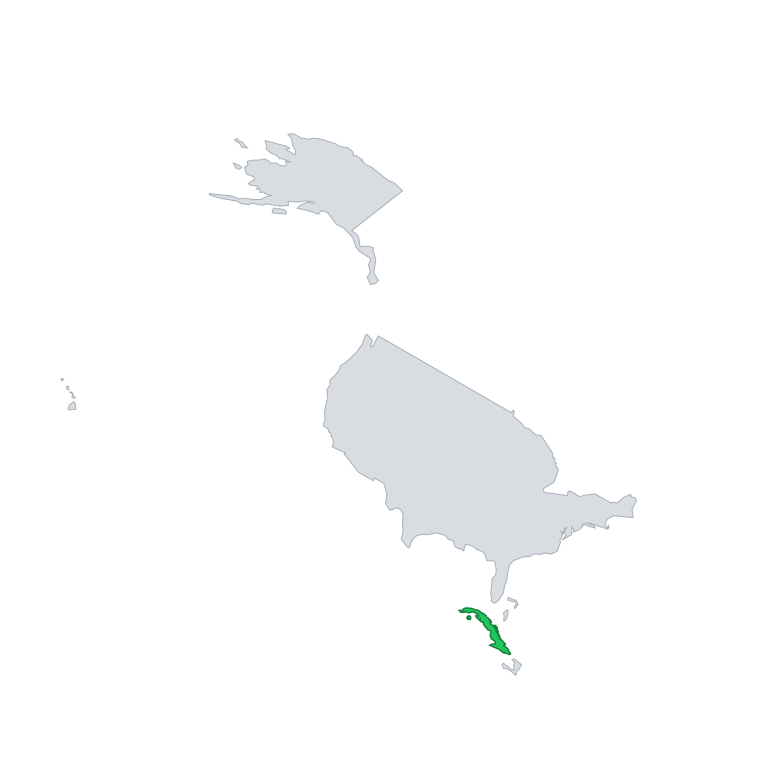 map of Cuba with United States of America, Haiti and The Bahamas greyed out, rotated 30°
{"feature_id": "CUB", "entity_name": "Cuba", "entity_type": "country or territory", "adm_level": 0, "iso_a3": "CUB", "parent_name": "North America", "parent_adm1": "", "projection": "natural_earth1", "projection_center": [-79.329, 21.523], "detail": "fine", "context": "with_neighbors", "style": "filled", "palette": "green", "viewbox_px": 768, "rotation_deg": 30, "n_neighbors": 3, "source": "natural_earth", "source_scale": "50m", "svg_char_len": 8293}
<svg xmlns="http://www.w3.org/2000/svg" viewBox="0 0 768 768"><g transform="rotate(30 384 384)"><path d="M355.0,345.2L508.5,345.2L508.7,342.4L510.6,342.4L511.3,346.3L513.0,347.5L522.4,349.1L527.7,351.3L532.3,350.3L540.9,352.1L545.9,350.1L565.2,360.1L565.7,362.0L567.0,362.7L566.6,363.4L569.2,362.9L570.6,365.7L573.0,366.6L572.2,367.8L578.1,371.2L580.3,384.0L574.5,394.7L575.0,396.5L576.9,397.7L598.5,389.1L597.2,384.7L599.8,383.6L610.6,383.6L612.4,380.7L621.6,373.7L640.7,373.6L641.2,371.9L645.3,370.4L648.7,361.6L652.8,356.2L654.7,358.1L658.4,356.8L661.0,358.9L661.5,368.6L666.5,375.1L648.9,383.2L645.1,389.1L645.1,392.9L647.2,396.7L649.6,396.9L648.9,394.3L650.6,395.9L650.3,398.0L633.6,401.0L628.8,403.1L637.2,401.7L639.0,403.1L630.9,405.3L627.3,405.3L627.4,404.4L625.7,406.4L627.4,406.7L626.2,412.0L622.1,417.6L621.6,415.7L618.4,413.5L619.7,417.4L621.1,418.7L621.3,421.5L616.2,430.1L617.4,424.9L614.4,422.1L613.7,416.0L612.6,419.2L613.9,423.8L610.0,422.7L614.0,425.0L614.4,431.9L616.0,432.5L617.6,442.3L613.9,447.7L607.8,449.9L603.9,454.2L600.9,454.7L597.9,457.3L597.1,459.8L590.5,464.6L584.3,472.4L583.3,477.6L584.4,482.7L589.0,494.2L589.0,497.3L591.9,505.8L591.4,513.6L589.9,518.1L588.1,519.0L585.1,518.1L584.1,514.9L581.8,513.2L574.9,498.5L576.2,493.6L574.6,489.6L569.9,483.4L567.6,482.3L561.5,485.6L557.5,481.8L553.8,480.0L547.0,480.9L541.6,480.1L534.5,481.8L535.5,483.7L535.4,486.7L536.6,488.2L535.4,489.1L533.2,488.0L530.9,489.4L526.6,489.2L522.2,485.3L516.9,486.2L512.5,484.5L503.6,486.8L497.9,492.2L491.8,495.4L488.3,498.9L486.8,502.2L486.6,507.2L487.8,513.2L485.4,513.5L476.5,509.6L473.8,501.0L470.4,496.8L465.8,487.5L461.7,484.6L456.8,484.7L452.6,490.5L447.8,488.3L444.8,486.1L441.8,478.2L433.5,470.1L423.1,470.1L422.9,473.1L406.2,473.2L384.3,464.4L385.0,463.0L370.5,464.4L369.9,460.6L366.5,456.4L363.8,455.5L363.4,453.4L360.1,453.1L358.2,451.1L352.8,450.4L351.4,449.2L351.2,445.2L346.4,437.8L342.9,427.7L343.3,426.0L337.5,417.5L337.6,411.5L335.1,407.6L337.3,401.5L338.1,395.3L337.3,389.8L340.7,383.0L344.4,369.9L345.2,360.3L343.6,350.9L344.6,349.6L352.1,352.0L353.8,358.7L355.6,356.8L355.0,345.2ZM303.5,207.4L279.3,267.5L284.3,267.7L288.7,269.6L294.4,276.8L300.6,273.1L306.5,271.0L308.2,274.4L314.6,280.2L319.5,292.7L327.3,297.1L326.3,301.4L322.5,304.7L316.1,299.9L316.3,294.0L311.1,288.5L310.2,282.1L297.1,281.5L291.6,279.6L283.3,272.6L270.6,269.0L263.3,269.6L249.4,263.7L243.1,265.1L242.3,269.7L232.8,271.5L221.0,275.2L221.9,271.2L227.0,264.7L233.3,262.7L232.6,261.1L224.5,264.7L219.1,269.1L209.6,273.9L212.0,277.1L205.0,281.9L192.1,286.8L189.5,289.8L179.7,293.3L176.7,296.5L169.2,299.4L165.8,298.9L148.1,305.4L138.1,307.4L137.7,306.3L158.5,297.2L165.4,296.4L169.3,293.6L178.4,289.6L185.1,285.8L188.2,280.7L192.6,276.8L185.7,278.8L184.6,277.6L180.6,280.1L178.8,276.7L176.3,279.1L175.9,275.7L169.4,278.4L166.3,278.4L167.7,274.4L169.8,272.0L167.6,269.6L160.3,270.9L154.8,266.2L156.7,262.4L154.3,259.6L158.2,255.9L164.3,252.2L167.9,248.9L172.2,248.4L175.1,249.5L180.8,246.3L184.1,246.9L189.0,244.9L189.6,241.9L187.4,240.8L192.4,238.3L183.3,239.8L181.0,241.2L177.8,239.8L170.4,240.5L164.0,239.0L163.4,236.4L159.3,232.7L180.4,226.9L184.4,226.9L182.0,230.1L192.5,229.8L190.7,225.9L186.0,223.5L181.3,217.7L175.9,215.8L180.6,212.5L189.2,212.3L196.9,209.5L199.8,206.5L206.4,203.6L221.9,200.2L226.0,200.6L235.0,197.4L241.4,198.7L243.3,201.4L246.0,200.2L253.8,200.6L252.7,202.0L259.4,203.0L264.5,202.4L285.6,205.7L292.4,204.7L303.5,207.4ZM134.2,244.8L136.6,246.0L140.1,245.3L147.7,247.9L142.3,250.0L138.0,247.4L133.4,247.8L132.5,247.2L134.2,244.8ZM126.7,555.6L129.8,559.8L123.9,564.1L122.5,563.1L122.2,558.4L123.8,556.4L124.0,554.3L126.7,555.6ZM123.7,550.6L120.9,552.0L119.4,549.4L120.1,548.8L123.7,550.6ZM119.4,547.6L119.1,548.4L115.8,548.2L116.4,547.3L119.4,547.6ZM112.1,543.7L114.0,546.5L113.6,547.0L111.1,546.6L110.3,544.7L112.1,543.7ZM104.4,540.0L103.4,542.4L101.5,541.1L103.0,539.9L104.4,540.0ZM148.6,267.0L152.4,267.6L151.6,270.1L147.9,271.2L143.0,268.1L148.6,267.0ZM209.8,283.1L213.0,283.6L214.4,285.7L202.2,291.5L200.3,289.7L200.8,286.6L209.8,283.1Z" fill="#d9dde1" stroke="#a8b0b8" stroke-width="1"/><path d="M643.4,558.3L643.5,565.1L642.0,566.3L643.6,568.5L643.5,570.5L639.4,569.3L632.7,569.2L629.8,570.6L626.5,568.3L627.0,566.0L637.4,567.6L639.6,566.0L636.7,562.8L636.8,560.0L632.8,558.9L634.2,556.8L643.4,558.3Z" fill="#d9dde1" stroke="#a8b0b8" stroke-width="1"/><path d="M598.4,506.5L605.3,506.1L605.5,508.0L598.9,509.2L598.4,506.5ZM605.7,504.7L610.5,508.0L609.4,513.2L608.3,512.2L608.4,508.4L605.7,504.7ZM603.3,518.1L605.1,518.4L607.3,524.4L607.3,528.7L605.8,529.1L604.2,524.8L601.9,522.7L603.3,518.1Z" fill="#d9dde1" stroke="#a8b0b8" stroke-width="1"/><path d="M580.9,533.1L582.5,533.4L583.8,533.3L584.5,533.1L584.4,533.3L585.0,533.8L586.0,533.6L588.2,533.5L588.4,533.6L588.8,534.1L589.4,534.4L590.0,534.7L590.6,534.7L591.2,534.6L591.7,534.7L592.4,535.2L592.7,535.2L593.3,535.1L593.1,535.5L594.2,536.1L595.0,537.4L595.5,537.8L596.1,538.3L596.6,538.6L597.2,538.7L598.9,538.7L599.3,538.7L599.7,538.9L600.1,539.0L600.3,538.9L603.6,540.8L604.7,541.8L605.3,542.3L606.7,543.1L607.3,543.2L607.6,543.1L607.1,542.5L607.0,542.4L607.6,542.5L608.5,543.4L608.8,543.7L609.3,544.0L609.8,544.2L609.5,544.5L609.1,544.6L608.4,544.4L609.0,545.0L609.1,545.4L609.4,545.4L609.8,545.0L610.0,544.6L611.1,545.5L611.7,546.0L611.5,546.5L612.1,546.2L612.3,546.3L612.6,546.4L612.8,546.8L613.4,546.9L614.0,546.9L615.2,547.2L616.4,547.9L617.4,548.1L618.5,548.1L619.1,548.5L619.3,548.9L619.1,549.3L618.9,549.6L619.3,550.1L618.4,550.3L618.3,550.5L618.4,550.8L618.5,551.0L619.0,550.9L619.8,551.0L620.9,551.1L621.7,551.0L623.3,551.3L623.7,551.5L624.7,552.0L625.1,552.4L626.0,553.4L626.8,553.8L627.5,553.9L628.0,553.9L628.2,554.1L628.4,554.5L628.3,555.0L627.9,555.4L627.6,555.6L626.7,555.7L625.3,555.8L624.0,556.2L623.3,556.5L623.0,556.7L622.3,556.9L622.3,556.6L622.1,556.2L621.9,556.5L621.7,556.8L621.2,557.0L619.6,557.0L619.0,556.7L618.3,556.5L615.9,556.3L615.3,556.3L613.7,556.5L612.1,556.7L611.4,556.8L610.7,557.0L609.4,557.0L607.8,557.2L606.3,557.3L607.3,555.6L609.4,554.0L609.8,553.7L610.0,553.2L610.1,552.9L610.0,552.6L609.5,552.1L609.4,551.7L608.5,551.3L607.8,551.2L607.0,551.2L605.4,551.0L604.5,551.0L603.8,550.6L602.6,549.4L602.0,549.1L601.7,548.8L601.5,548.5L601.2,546.7L600.9,545.9L600.6,545.1L600.0,544.6L599.4,544.4L597.2,544.9L596.6,544.8L596.1,544.6L592.7,543.5L591.3,542.8L590.8,542.5L590.3,542.1L589.8,541.3L589.2,540.7L589.2,540.9L589.1,541.1L586.3,541.2L585.8,541.0L585.5,540.9L585.3,540.6L585.2,540.1L584.9,539.6L584.8,540.1L584.7,540.5L584.3,540.8L583.9,540.8L583.3,540.2L581.0,540.1L580.8,540.0L580.1,539.5L579.4,538.7L580.1,538.5L581.4,538.2L581.7,537.9L581.8,537.7L581.7,537.2L581.5,536.9L581.2,536.8L580.9,536.7L580.5,536.6L575.4,536.5L575.1,536.8L574.6,537.2L573.7,537.8L573.1,538.4L572.9,538.8L572.6,539.0L572.0,539.4L571.4,539.9L570.8,540.2L570.4,540.1L570.0,540.1L569.8,540.2L569.5,540.3L568.2,540.3L568.0,540.5L567.8,540.9L567.6,541.7L567.4,542.0L566.7,542.1L566.1,542.3L564.8,543.1L564.5,543.2L564.6,542.6L564.5,542.1L564.1,542.1L563.7,542.2L563.4,542.3L562.7,542.7L562.4,542.8L562.1,542.6L562.2,542.4L564.3,541.4L564.6,541.3L564.9,541.4L565.3,541.3L565.6,541.0L565.2,539.7L565.4,538.8L565.9,538.1L566.9,537.1L567.4,536.7L572.2,534.5L572.7,534.4L575.8,533.9L576.3,533.8L577.8,533.1L579.3,532.9L580.9,533.1ZM576.4,544.7L575.8,545.1L574.6,545.7L574.0,545.7L573.3,545.5L572.8,545.0L572.6,544.6L572.6,544.3L573.0,544.7L573.4,544.9L573.7,544.8L573.9,544.6L573.2,543.1L573.2,542.8L573.8,542.0L575.2,542.2L575.5,542.4L575.7,542.9L576.0,543.3L576.4,544.3L576.4,544.7ZM600.6,537.5L601.4,537.7L601.7,537.6L602.0,537.6L602.3,537.6L602.7,538.2L602.4,538.3L602.1,538.3L601.9,538.2L601.1,538.2L600.6,538.0L600.3,537.9L600.2,537.7L600.6,537.5ZM606.5,541.9L606.3,542.2L606.0,541.8L605.8,541.8L605.6,541.7L605.1,541.3L605.0,540.9L605.4,540.9L605.9,541.0L606.7,541.2L606.7,541.6L606.5,541.9ZM604.3,539.5L604.2,539.6L603.9,539.3L603.4,539.2L603.1,538.8L602.8,538.6L603.2,538.4L603.5,538.4L603.9,538.7L604.1,539.3L604.3,539.5ZM605.2,540.6L604.4,540.4L604.2,540.1L604.4,539.8L604.5,539.4L604.7,539.8L605.1,540.0L605.4,540.5L605.2,540.6ZM596.2,536.7L596.2,536.9L595.1,536.4L594.7,535.8L594.5,535.7L594.8,535.7L596.0,536.6L596.2,536.7Z" fill="#22c55e" stroke="#15803d" stroke-width="1.5"/></g></svg>